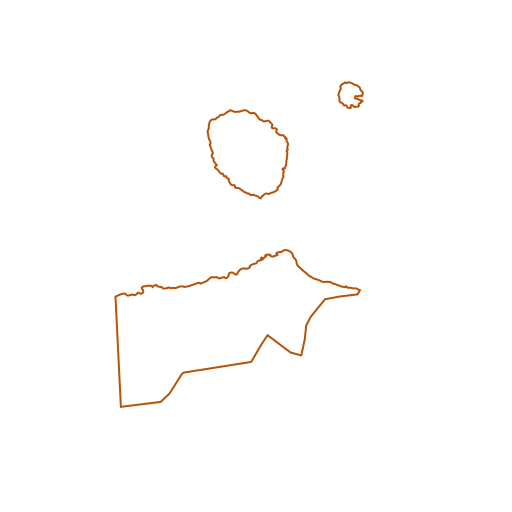 outline of Sumkar District, Madang, Papua New Guinea, rotated 300°
{"feature_id": "67681753B60776000026411", "entity_name": "Sumkar District", "entity_type": "district", "adm_level": 2, "iso_a3": "PNG", "parent_name": "Papua New Guinea", "parent_adm1": "Madang", "projection": "mercator", "projection_center": [145.886, -4.793], "detail": "fine", "context": "isolated", "style": "outline", "palette": "amber", "viewbox_px": 512, "rotation_deg": 300, "n_neighbors": 0, "source": "geoboundaries", "source_scale": "gbopen_adm2", "svg_char_len": 6165}
<svg xmlns="http://www.w3.org/2000/svg" viewBox="0 0 512 512"><g transform="rotate(300 256 256)"><path d="M57.8,214.4L82.0,246.4L93.9,249.9L116.7,250.8L119.0,251.8L161.9,304.8L181.8,304.9L193.2,305.6L189.7,334.1L192.4,344.6L192.9,344.8L207.9,340.0L221.0,334.2L230.8,333.8L253.1,337.4L263.2,349.3L273.6,363.2L278.4,363.1L278.2,361.9L278.0,359.0L276.3,355.8L276.1,354.5L275.6,353.3L274.7,352.1L274.5,351.4L274.7,349.3L274.3,348.8L273.7,348.8L273.3,348.4L272.7,346.1L272.3,345.4L272.1,344.5L271.9,342.5L271.7,342.0L271.1,337.7L270.9,337.5L270.6,336.4L270.6,333.3L269.9,331.7L269.4,331.1L269.3,330.4L268.3,329.3L267.1,327.0L266.7,325.3L266.7,323.7L266.1,320.1L265.3,316.7L265.5,312.3L265.4,311.5L266.2,307.9L266.6,307.0L266.4,306.3L268.3,297.6L269.1,295.8L270.2,294.7L271.4,293.8L272.3,292.8L273.2,291.1L273.3,290.1L273.8,288.9L276.0,286.5L276.4,285.5L276.8,284.1L276.9,281.5L276.6,280.3L275.8,278.2L275.3,277.7L274.1,276.9L272.1,275.8L271.5,275.2L270.8,273.9L269.5,272.6L268.7,272.3L268.2,272.7L267.7,274.0L266.1,272.9L265.2,271.9L263.9,271.0L263.4,269.8L263.4,268.6L264.2,267.6L264.2,267.3L263.3,266.4L262.7,264.9L261.7,263.9L261.0,263.8L260.8,264.0L260.8,264.5L260.4,264.8L259.3,264.1L258.4,263.8L257.2,263.7L255.8,263.1L254.2,261.8L252.9,260.3L251.6,259.9L249.8,259.9L246.9,257.0L244.6,255.7L244.0,255.7L243.4,256.2L242.9,256.2L241.6,255.6L240.0,253.9L239.3,252.0L238.6,250.8L237.3,249.7L235.9,249.0L233.4,248.5L232.1,248.5L231.3,248.7L230.3,248.6L229.8,247.7L229.9,243.9L229.4,242.9L227.9,241.5L226.5,241.5L225.1,242.2L224.3,242.2L223.4,242.0L222.4,241.5L221.6,240.6L221.7,239.0L221.5,238.6L219.7,236.8L218.7,236.1L218.2,235.3L217.9,233.4L218.2,232.8L217.8,232.1L216.4,230.3L215.5,228.2L214.6,227.5L213.9,227.4L212.5,226.7L210.4,226.1L209.5,225.7L204.2,221.7L204.5,220.4L204.0,219.5L203.5,218.9L201.7,217.7L195.9,212.5L193.6,209.7L193.1,208.5L193.0,207.6L192.5,206.6L190.9,204.8L188.0,202.4L187.2,200.6L186.0,199.0L185.5,197.8L185.2,196.5L184.8,195.7L184.2,195.5L181.9,193.0L181.4,191.6L181.9,190.4L181.8,189.6L180.5,186.2L180.5,185.6L181.1,184.6L181.0,184.3L180.4,183.4L179.5,182.5L177.4,181.9L177.8,180.9L177.8,180.2L177.5,179.5L176.4,177.4L174.7,175.6L173.7,174.1L172.6,173.1L171.2,173.0L170.7,173.4L170.2,174.9L169.4,175.8L168.7,176.3L167.8,176.4L166.8,176.1L165.7,175.2L165.6,173.0L165.3,172.3L164.8,171.9L163.6,171.9L161.6,170.7L161.1,170.0L161.2,169.1L161.0,168.5L157.9,165.2L157.5,164.4L157.5,163.2L158.0,161.8L157.7,161.1L156.8,159.5L155.6,158.3L150.6,154.6L57.8,214.4ZM370.7,166.5L370.2,165.6L369.9,164.2L369.5,161.1L368.9,160.4L367.6,160.2L367.1,159.7L366.9,159.3L365.5,158.8L362.6,157.5L361.4,156.5L360.9,155.2L360.3,154.7L359.5,154.3L358.2,154.2L357.3,153.9L356.2,152.9L354.4,152.6L353.7,152.0L352.2,149.6L351.1,149.1L350.3,149.1L349.4,148.8L348.7,148.9L346.8,149.6L346.1,149.6L345.2,150.0L342.8,151.4L341.4,151.4L339.8,151.8L338.9,152.3L337.3,153.9L336.1,154.7L334.4,156.2L333.6,157.1L332.7,158.9L331.7,159.8L330.8,160.2L329.1,160.4L324.7,165.7L324.4,166.5L323.5,167.2L321.7,167.2L320.8,167.4L319.9,168.2L319.5,168.9L319.4,169.8L319.1,170.4L318.3,171.1L317.7,171.3L316.7,172.4L316.2,174.2L315.6,175.0L315.1,176.6L313.3,176.0L312.8,176.0L312.2,176.3L311.7,177.5L311.6,179.3L311.1,181.1L310.4,182.2L310.0,183.6L310.0,184.8L310.6,186.1L310.2,186.8L309.2,188.2L309.4,189.2L310.1,190.0L310.0,190.4L309.1,191.2L309.0,191.8L309.3,193.7L308.0,194.4L307.4,195.1L306.2,197.1L305.6,197.9L305.3,199.1L305.5,200.3L306.1,201.1L306.4,201.7L306.3,202.5L305.6,203.2L305.1,203.3L304.9,203.6L304.9,204.3L305.1,205.1L306.0,206.5L306.2,207.5L306.2,208.4L306.0,209.2L306.0,210.8L305.4,214.1L305.8,214.8L305.9,217.6L306.4,218.2L306.5,218.7L306.1,219.4L306.3,220.7L306.6,221.9L307.8,223.1L307.8,224.5L308.5,227.1L308.5,228.3L308.2,229.1L308.1,231.0L308.4,231.3L310.6,231.3L311.7,231.9L312.8,232.0L314.5,232.9L315.2,233.6L316.2,236.2L317.9,237.2L319.2,238.4L319.3,238.8L320.0,239.4L321.1,239.9L322.0,240.6L324.2,241.4L325.0,241.4L326.1,240.4L326.8,240.4L327.8,241.0L329.6,241.4L331.2,241.4L336.5,240.1L337.5,240.3L338.2,240.3L339.8,239.1L341.4,238.2L342.7,237.7L343.3,237.7L343.7,237.3L344.1,236.7L344.1,236.1L344.4,235.5L345.1,235.5L345.6,236.0L345.9,236.6L346.4,237.2L348.3,236.7L350.0,236.6L350.7,236.1L352.5,235.4L353.1,234.8L355.0,234.4L355.8,233.9L357.1,233.5L361.0,231.6L361.7,230.9L362.2,230.0L362.9,229.9L363.5,230.4L363.8,230.4L365.2,229.1L366.3,228.5L367.6,228.3L369.0,227.8L370.1,226.5L370.5,225.2L372.5,224.1L373.1,223.5L372.5,222.7L372.8,222.2L373.3,222.2L373.7,221.7L373.8,220.3L374.1,220.0L374.1,218.9L373.6,218.0L373.1,217.5L372.7,216.5L372.7,215.0L373.2,211.9L373.6,211.5L374.2,211.1L375.7,211.0L376.3,210.4L376.4,209.4L375.8,207.9L374.9,206.6L374.9,205.8L375.3,205.2L375.9,205.0L376.8,205.0L377.4,204.7L378.2,203.9L379.3,200.2L379.3,198.9L379.0,198.4L376.5,195.7L376.4,193.8L376.6,193.3L376.6,192.8L376.2,191.9L376.1,190.6L377.3,188.2L377.5,187.3L378.6,185.1L378.9,183.9L378.9,182.9L378.3,181.7L376.9,180.2L376.8,178.8L377.2,176.6L377.2,174.9L376.9,174.0L376.5,173.1L373.5,170.1L372.8,169.7L371.5,167.4L370.7,166.5ZM453.6,261.8L453.8,261.4L453.9,260.1L454.2,259.0L454.2,257.9L453.7,256.3L453.5,254.9L453.6,253.0L453.1,250.0L452.7,249.3L452.0,248.7L451.5,248.4L451.0,248.0L451.0,246.4L450.3,246.0L449.2,245.7L447.6,244.5L446.5,244.3L445.0,244.3L443.8,245.4L443.2,245.8L441.6,246.0L439.6,246.0L438.4,246.5L437.7,246.5L436.6,246.8L436.3,247.2L435.8,248.0L434.9,248.9L433.5,249.9L431.8,250.9L431.2,252.3L431.6,254.5L430.5,256.4L430.5,257.1L431.0,257.7L431.5,258.6L430.4,261.0L430.4,261.8L431.1,263.5L431.5,263.9L432.1,263.8L433.0,263.1L433.9,263.0L434.6,263.2L434.8,263.6L434.8,263.9L434.6,264.4L434.6,265.6L434.3,266.2L434.3,266.9L434.6,267.4L435.7,268.4L436.3,269.5L436.9,270.0L437.5,270.0L438.9,269.0L439.5,269.0L439.9,269.2L440.6,269.9L441.9,270.1L443.1,270.9L443.7,270.3L443.7,269.9L443.1,268.8L442.7,264.8L442.1,263.6L442.1,262.7L443.9,262.2L444.2,262.4L444.7,263.0L444.8,263.9L446.7,265.9L447.2,266.7L447.3,267.7L448.0,267.9L450.5,267.1L450.8,266.7L451.5,265.6L451.9,263.9L452.4,263.1L453.6,261.8ZM257.2,262.3L257.5,262.0L257.4,261.5L256.3,261.4L255.9,261.6L255.9,262.0L256.3,262.3L257.2,262.3Z" fill="none" stroke="#b45309" stroke-width="2"/></g></svg>